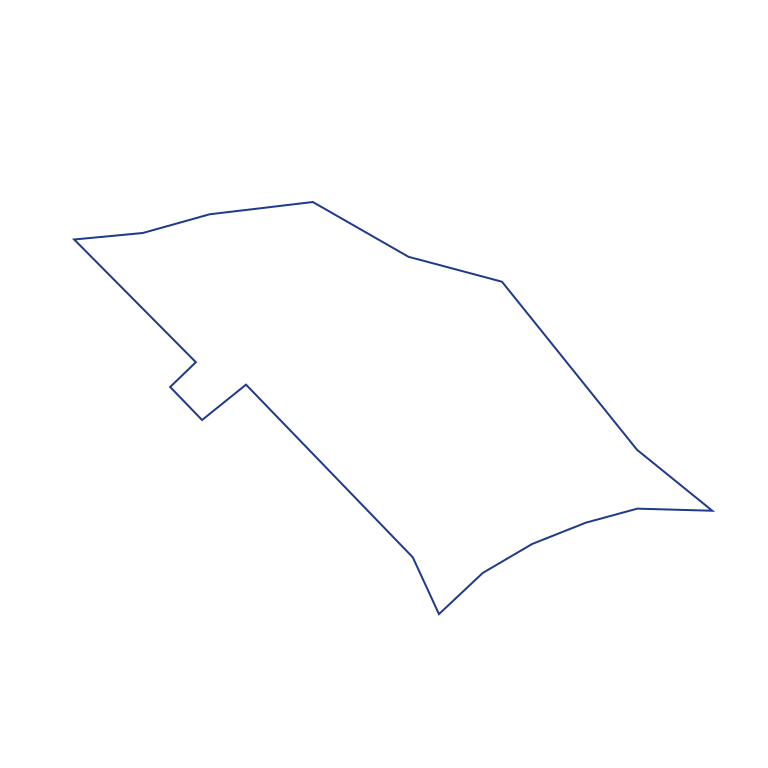 the border of Bududa, rotated 46°
{"feature_id": "UGA-5626", "entity_name": "Bududa", "entity_type": "District", "adm_level": 1, "iso_a3": "UGA", "parent_name": "Uganda", "parent_adm1": "", "projection": "mercator", "projection_center": [34.397, 1.046], "detail": "fine", "context": "isolated", "style": "outline", "palette": "blue", "viewbox_px": 768, "rotation_deg": 46, "n_neighbors": 0, "source": "natural_earth", "source_scale": "10m", "svg_char_len": 392}
<svg xmlns="http://www.w3.org/2000/svg" viewBox="0 0 768 768"><g transform="rotate(46 384 384)"><path d="M703.2,235.9L649.6,288.4L623.9,335.2L602.0,388.5L588.5,444.2L587.7,504.3L528.7,483.7L288.6,483.7L283.5,539.9L237.6,539.9L237.6,504.2L64.8,506.5L107.8,452.6L140.8,391.5L203.6,308.8L309.6,278.0L392.4,228.1L607.2,247.7L703.2,235.9Z" fill="none" stroke="#1e3a8a" stroke-width="2"/></g></svg>